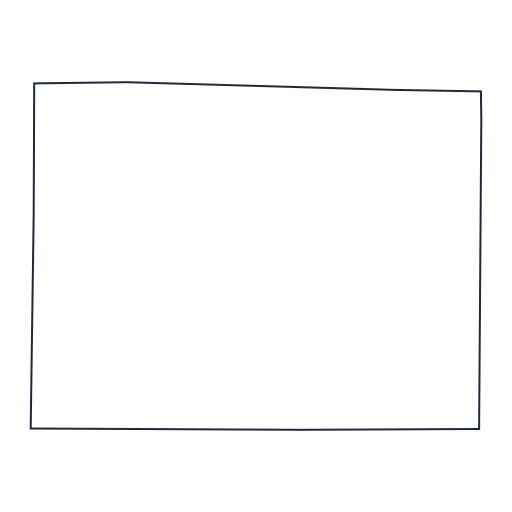 outline of Wayne, Illinois, United States of America
{"feature_id": "52423323B46335628261152", "entity_name": "Wayne", "entity_type": "district", "adm_level": 2, "iso_a3": "USA", "parent_name": "United States of America", "parent_adm1": "Illinois", "projection": "robinson", "projection_center": [-88.446, 38.431], "detail": "fine", "context": "isolated", "style": "outline", "palette": "slate", "viewbox_px": 512, "rotation_deg": 0, "n_neighbors": 0, "source": "geoboundaries", "source_scale": "gbopen_adm2", "svg_char_len": 239}
<svg xmlns="http://www.w3.org/2000/svg" viewBox="0 0 512 512"><path d="M30.7,428.5L300.7,429.8L479.1,429.0L481.3,119.9L480.9,91.4L395.1,89.9L126.7,82.2L34.2,83.4L33.7,212.9L30.7,428.5Z" fill="none" stroke="#1e293b" stroke-width="2"/></svg>